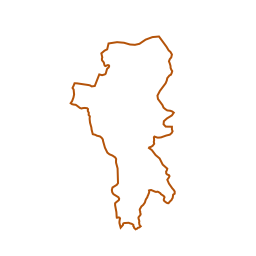 Meknès - Tafilalet, Robinson projection, rotated 199°
{"feature_id": "MAR-1452", "entity_name": "Meknès - Tafilalet", "entity_type": "Region", "adm_level": 1, "iso_a3": "MAR", "parent_name": "Morocco", "parent_adm1": "", "projection": "robinson", "projection_center": [-5.04, 32.255], "detail": "fine", "context": "isolated", "style": "outline", "palette": "amber", "viewbox_px": 256, "rotation_deg": 199, "n_neighbors": 0, "source": "natural_earth", "source_scale": "10m", "svg_char_len": 2955}
<svg xmlns="http://www.w3.org/2000/svg" viewBox="0 0 256 256"><g transform="rotate(199 128 128)"><path d="M193.1,152.9L190.8,153.6L179.1,155.8L177.6,155.9L175.9,155.5L173.1,156.9L172.6,169.3L169.7,169.5L167.4,171.1L166.9,171.8L166.8,172.6L167.0,176.2L167.0,177.3L166.1,178.8L165.9,179.7L166.0,180.5L166.5,181.0L167.2,181.0L167.9,180.7L169.0,179.6L169.6,179.2L170.3,179.4L170.9,180.0L172.0,181.8L172.8,182.5L174.2,183.3L174.7,183.7L175.1,184.6L175.3,185.4L175.3,186.4L177.5,189.9L175.3,193.6L173.3,195.6L173.6,198.6L173.9,201.6L166.3,205.6L159.5,207.3L153.3,207.6L148.5,208.9L144.6,211.3L140.1,217.3L134.5,221.9L128.5,224.6L122.3,220.3L118.0,217.3L114.8,214.6L112.7,213.8L110.4,211.8L110.1,208.8L110.9,206.8L111.0,204.4L109.5,202.6L108.0,200.5L107.3,198.7L106.0,197.2L104.7,196.2L104.6,194.0L104.8,192.3L105.9,191.2L107.1,187.9L106.8,185.5L107.0,182.5L109.9,173.5L110.7,168.2L109.1,165.2L102.9,160.9L101.0,158.8L98.6,157.9L96.6,157.4L93.5,158.1L91.4,158.0L89.7,157.4L90.6,154.2L94.3,149.7L96.3,146.1L95.6,143.1L92.8,141.6L86.9,143.5L86.0,140.9L84.8,139.5L85.1,137.4L86.3,135.3L89.3,133.4L93.7,129.9L95.4,129.1L97.0,128.5L100.2,128.5L100.5,127.7L99.3,124.9L99.1,123.3L98.1,121.6L98.9,119.2L100.1,117.7L101.6,116.6L101.7,115.9L98.3,114.9L93.1,111.4L88.2,109.5L83.3,104.7L77.6,102.3L77.5,100.3L77.8,99.3L77.0,97.4L75.8,96.8L73.8,96.7L73.1,96.0L73.3,94.2L73.6,93.3L74.0,91.9L71.2,88.8L66.4,85.3L64.9,84.5L63.2,83.2L62.5,81.1L63.6,79.7L63.2,77.5L63.0,76.5L63.3,75.2L63.4,74.2L64.6,71.8L65.2,70.1L66.2,69.8L67.3,69.9L70.0,70.8L70.8,71.6L70.9,72.6L71.0,73.5L70.9,74.3L71.4,75.0L73.3,75.7L74.3,75.9L75.4,76.2L76.1,76.8L78.3,77.4L79.4,77.4L80.2,76.9L81.3,76.6L85.9,76.9L87.0,76.4L87.8,75.8L87.3,75.1L87.1,74.2L87.0,73.4L87.1,72.2L87.1,71.1L87.3,69.8L87.2,68.6L87.7,67.1L87.9,65.5L87.8,64.0L87.8,62.9L88.6,60.2L89.8,58.2L90.4,54.9L89.9,53.7L89.2,52.9L88.9,51.9L88.2,51.1L87.9,50.2L89.0,46.9L88.5,45.7L87.6,44.6L86.9,43.4L86.8,42.4L85.9,40.6L85.4,40.0L84.0,39.2L84.9,37.7L86.2,36.8L86.7,35.7L87.4,35.2L87.8,34.7L89.7,35.6L90.2,36.4L91.0,36.9L91.3,38.0L92.2,38.4L93.4,38.6L95.1,38.5L96.5,38.6L100.6,36.9L101.3,36.3L101.4,35.5L101.2,34.6L102.5,31.4L104.2,33.9L105.2,35.4L105.7,37.0L106.0,38.8L106.1,39.9L106.8,40.5L107.8,40.4L108.5,39.9L109.4,39.6L109.9,40.6L111.6,44.7L115.0,50.7L115.7,52.6L115.1,53.8L113.2,56.8L113.3,58.2L114.5,59.4L120.2,60.7L121.9,62.0L123.1,64.1L123.3,66.7L120.1,70.6L119.5,72.6L124.7,86.4L128.0,91.3L128.7,93.2L129.1,94.8L130.5,96.0L133.7,96.9L137.0,97.1L139.5,98.0L143.4,101.9L147.3,107.5L148.1,109.0L149.8,110.2L151.8,110.9L155.0,110.6L156.6,110.9L159.3,110.7L161.8,114.5L162.9,116.7L165.6,120.6L167.3,124.2L167.9,126.6L169.5,127.6L170.0,129.6L171.6,131.1L172.0,132.9L173.1,133.4L175.4,132.9L177.2,132.1L178.3,131.3L179.9,131.3L181.8,131.9L183.2,132.4L185.0,132.9L186.8,132.5L188.7,132.3L190.3,132.8L189.6,135.1L189.5,139.1L189.9,142.2L191.9,146.6L193.5,147.8L193.2,150.3L193.1,152.9Z" fill="none" stroke="#b45309" stroke-width="2"/></g></svg>